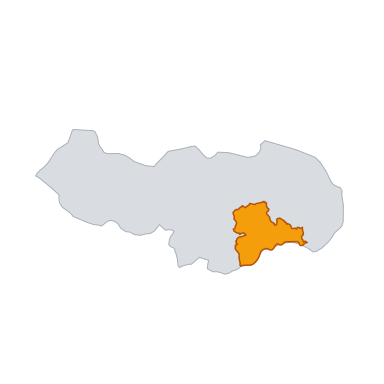 Trenciansky highlighted on a map of Slovakia, rotated 200°
{"feature_id": "SVK-1055", "entity_name": "Trenciansky", "entity_type": "Region", "adm_level": 1, "iso_a3": "SVK", "parent_name": "Slovakia", "parent_adm1": "", "projection": "orthographic", "projection_center": [18.211, 48.911], "detail": "fine", "context": "in_parent", "style": "filled", "palette": "amber", "viewbox_px": 384, "rotation_deg": 200, "n_neighbors": 0, "source": "natural_earth", "source_scale": "10m", "svg_char_len": 6064}
<svg xmlns="http://www.w3.org/2000/svg" viewBox="0 0 384 384"><g transform="rotate(200 192 192)"><path d="M344.4,153.6L343.8,157.0L341.9,161.1L339.3,165.3L337.3,170.3L334.8,181.0L333.1,185.9L325.4,195.9L325.5,209.3L324.4,210.3L306.0,215.8L303.5,215.2L300.8,212.7L299.3,210.9L298.4,209.5L296.6,205.9L294.3,203.4L291.1,201.4L288.1,199.0L284.4,199.1L274.4,203.0L267.5,203.6L262.8,202.7L256.5,200.8L244.4,200.9L236.2,203.0L235.4,205.6L228.2,222.1L217.2,228.5L207.7,234.9L204.9,236.2L200.0,234.3L194.4,230.8L189.8,229.0L186.5,229.9L182.9,234.1L181.3,238.3L170.4,241.6L151.2,243.6L144.5,247.8L142.3,252.8L142.2,256.6L143.9,259.8L141.8,263.7L140.9,265.2L127.3,266.1L109.1,267.3L98.3,267.0L88.1,266.7L81.1,263.4L72.7,256.9L63.8,248.4L63.0,248.2L61.6,247.3L56.0,246.6L54.5,247.0L51.2,244.2L50.3,240.6L45.2,231.2L39.7,215.6L39.6,211.2L41.9,206.1L44.1,202.3L44.5,199.2L44.7,198.4L46.6,192.0L50.9,183.6L54.9,178.7L57.7,177.1L63.5,178.7L73.5,180.0L81.2,179.0L88.4,175.2L92.3,171.9L95.7,168.5L96.8,166.2L98.2,165.1L104.2,163.1L106.0,160.8L106.8,156.4L107.3,151.4L108.6,147.8L110.1,145.1L120.9,138.6L121.9,136.4L123.6,134.2L126.8,131.7L129.9,128.1L133.2,125.9L137.5,126.1L141.4,125.6L144.4,124.4L145.7,124.2L151.4,125.2L152.4,129.3L153.1,133.5L162.7,133.1L167.9,123.9L170.7,122.8L175.1,119.6L178.0,116.7L180.0,118.4L183.0,124.2L186.2,128.9L188.1,130.7L188.3,132.2L190.1,133.0L193.6,133.5L196.0,134.8L196.8,139.2L196.9,143.2L195.9,146.1L195.3,148.6L197.8,149.5L201.3,148.5L203.8,147.0L211.5,150.1L213.9,142.7L216.8,138.9L220.7,137.1L224.1,134.7L227.3,133.0L229.5,133.0L230.5,132.3L233.2,132.4L236.4,133.1L240.7,132.1L246.8,133.7L250.7,136.9L254.4,137.9L258.6,137.6L261.4,135.6L265.3,129.1L268.3,129.0L273.0,127.8L279.7,127.6L295.1,128.3L299.1,130.6L308.7,133.3L313.0,136.7L315.0,141.0L316.1,143.9L326.1,148.0L340.9,153.1L344.4,153.6Z" fill="#d9dde1" stroke="#a8b0b8" stroke-width="1"/><path d="M102.1,164.6L103.9,163.7L105.5,162.3L106.6,160.4L107.0,158.6L106.9,154.9L106.9,154.4L107.1,152.3L107.8,149.6L108.8,147.1L110.1,145.0L111.6,143.5L118.8,140.7L120.8,139.1L121.0,139.5L122.0,139.8L122.0,140.4L122.0,140.6L122.0,140.8L125.4,146.4L125.5,146.7L125.6,146.9L125.6,147.0L125.5,147.3L125.5,147.5L125.8,148.0L125.9,148.3L126.0,148.5L126.6,149.8L126.9,150.2L127.2,150.5L128.5,151.3L128.8,151.3L129.1,151.5L129.7,152.1L130.0,152.2L130.2,152.3L130.5,152.4L131.5,153.0L131.7,153.3L132.2,153.9L132.3,154.3L132.4,154.9L132.3,155.2L132.4,155.5L133.1,156.7L131.7,158.2L131.5,158.5L131.8,158.7L132.6,158.9L132.7,159.0L132.8,159.1L133.0,159.3L133.2,159.8L133.3,159.9L133.6,160.0L133.8,160.3L133.8,160.6L133.7,160.9L133.7,161.1L133.7,161.3L133.8,161.4L133.7,161.5L133.6,161.8L133.6,162.1L133.7,163.2L133.6,163.7L133.4,164.2L132.7,165.2L132.0,166.0L131.5,166.4L129.9,166.9L129.6,167.1L129.3,167.4L128.8,168.2L128.5,168.6L128.3,168.8L126.7,169.7L127.0,170.4L127.5,170.7L128.4,170.9L129.2,171.1L129.4,171.2L129.8,171.1L131.2,170.2L131.6,169.9L131.8,169.6L131.8,169.3L131.9,169.2L132.6,168.4L132.9,168.5L133.2,169.2L133.3,169.4L133.8,169.4L135.6,168.8L137.8,169.4L138.8,169.5L139.1,169.7L139.3,169.8L140.4,171.2L140.1,171.5L139.9,171.8L139.7,171.9L139.6,172.0L139.5,172.3L139.4,172.6L139.3,172.8L139.2,173.0L139.2,173.3L139.5,174.6L139.6,175.0L139.5,175.3L139.4,175.8L139.4,176.0L139.4,176.3L139.4,176.6L139.5,176.8L139.4,177.0L139.4,177.5L139.4,178.0L139.5,178.3L139.7,178.6L141.0,179.7L141.1,179.8L141.5,179.9L141.6,180.0L141.8,180.1L142.0,180.2L143.0,181.0L143.4,181.2L143.5,181.4L143.4,181.6L143.4,181.8L143.4,182.1L143.6,182.6L143.8,183.0L144.1,183.6L146.0,185.9L146.1,186.1L146.3,186.9L146.3,187.5L146.2,187.6L146.1,187.8L145.9,188.1L145.3,189.5L144.5,190.6L144.3,190.8L144.1,190.8L143.3,190.9L143.0,191.0L142.7,191.4L141.5,193.8L141.3,194.1L140.5,194.8L140.3,195.0L140.2,195.2L140.3,195.9L140.3,196.2L140.0,196.3L139.7,196.3L136.7,195.5L135.3,197.6L134.5,198.6L134.2,198.9L134.1,199.2L134.0,199.4L134.0,199.6L134.0,199.9L134.0,200.0L133.8,200.7L133.8,200.8L133.8,201.0L128.5,201.7L127.8,203.0L124.0,205.3L122.3,206.8L121.5,207.3L121.4,207.4L121.4,207.5L121.2,207.7L120.8,207.4L120.5,206.9L120.4,206.8L120.2,206.9L120.1,207.2L120.0,207.5L119.9,207.5L119.6,207.5L118.2,207.0L117.6,205.2L117.1,204.0L116.9,203.8L115.8,203.1L115.5,202.7L115.3,202.6L115.1,202.5L114.5,202.5L114.2,202.4L114.1,201.9L113.9,201.7L113.7,201.2L113.7,200.7L114.1,199.8L114.6,199.1L114.9,198.4L114.9,197.9L114.4,197.1L113.8,196.5L112.9,196.3L110.6,194.9L110.1,194.3L109.5,193.2L109.2,192.8L108.1,191.6L107.6,191.3L103.8,190.5L103.7,190.4L103.6,190.0L103.6,189.8L103.6,189.6L103.3,189.4L102.2,189.3L101.8,189.6L101.5,190.0L101.5,190.5L101.6,191.0L101.7,191.3L101.7,191.7L101.7,192.2L101.7,192.5L101.8,192.6L101.9,192.9L102.0,193.1L102.2,193.7L102.3,193.8L102.4,194.0L102.5,194.0L102.7,194.3L102.8,194.8L102.8,195.2L102.8,195.6L102.7,196.1L102.6,196.3L102.2,196.3L102.1,196.2L101.9,196.3L101.7,196.4L100.7,197.5L95.4,196.4L95.4,196.2L95.2,196.0L94.9,195.6L94.6,195.5L94.3,195.5L94.1,195.5L93.9,195.7L93.6,195.8L93.4,195.7L93.2,195.5L92.8,194.8L92.3,194.4L92.1,194.2L91.9,194.2L91.9,194.3L91.9,194.6L92.0,194.7L91.9,194.8L91.6,194.9L89.7,194.9L88.8,194.7L87.8,194.2L87.6,194.1L86.9,192.9L86.4,192.3L85.7,191.9L84.8,192.2L83.1,192.9L82.8,193.2L82.6,193.3L82.4,193.3L81.9,193.3L81.4,192.8L81.2,192.8L81.1,193.0L81.1,193.5L81.1,193.8L81.1,194.0L80.9,194.5L80.8,194.8L79.0,195.3L78.2,194.8L77.9,195.0L77.4,195.3L76.1,196.4L75.0,193.8L74.4,192.9L73.9,192.4L73.6,192.1L73.5,191.9L73.3,190.9L73.2,190.7L72.9,190.4L72.8,190.2L72.9,189.7L73.0,189.5L73.2,189.1L73.3,188.9L73.4,188.6L73.7,188.3L73.7,188.0L73.8,187.5L73.6,187.0L73.3,186.4L72.9,185.8L72.7,185.5L72.5,185.4L72.1,185.3L71.9,185.2L71.7,185.1L71.2,184.4L70.5,183.5L70.2,183.2L69.0,184.3L68.9,184.5L68.7,184.5L67.9,184.3L66.7,183.9L68.4,182.3L69.0,181.5L69.5,180.3L69.7,179.8L70.7,179.2L72.0,178.8L72.7,179.2L74.4,180.9L76.3,181.3L82.3,179.0L86.7,177.3L87.7,176.5L89.5,173.3L90.4,172.6L91.7,172.4L92.9,172.6L93.9,172.5L94.9,171.5L95.3,170.4L95.8,167.9L96.1,166.7L96.8,165.3L97.9,164.5L99.2,164.3L102.1,164.6Z" fill="#f59e0b" stroke="#b45309" stroke-width="1.5"/></g></svg>